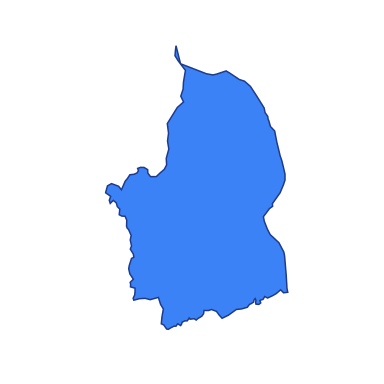 Sykopetra, Limassol, Cyprus, rotated 60°
{"feature_id": "46923920B4019761469053", "entity_name": "Sykopetra", "entity_type": "district", "adm_level": 2, "iso_a3": "CYP", "parent_name": "Cyprus", "parent_adm1": "Limassol", "projection": "mercator", "projection_center": [33.109, 34.881], "detail": "fine", "context": "isolated", "style": "filled", "palette": "blue", "viewbox_px": 384, "rotation_deg": 60, "n_neighbors": 0, "source": "geoboundaries", "source_scale": "gbopen_adm2", "svg_char_len": 2291}
<svg xmlns="http://www.w3.org/2000/svg" viewBox="0 0 384 384"><g transform="rotate(60 192 192)"><path d="M293.7,143.8L289.9,142.5L279.4,142.1L267.9,145.6L261.8,145.3L253.4,144.0L249.1,142.5L245.1,133.2L244.7,129.3L242.3,128.2L237.6,118.0L236.8,116.2L231.4,109.1L228.2,105.5L223.0,102.5L216.1,100.4L209.6,98.5L204.8,97.6L200.1,96.2L191.2,93.6L180.5,89.9L174.5,91.3L168.5,89.8L167.3,89.8L164.4,88.6L159.7,89.0L155.2,87.5L141.0,88.0L129.8,88.6L122.3,91.1L118.2,94.8L108.4,99.6L104.2,101.9L102.2,111.7L101.1,115.3L96.8,120.4L75.2,137.8L57.3,132.7L60.6,135.2L62.6,136.6L65.5,138.6L71.2,138.4L81.9,137.1L83.3,136.8L92.5,144.4L98.5,148.3L103.4,153.8L109.8,154.3L111.4,162.4L120.4,179.2L129.3,182.9L135.6,187.7L143.2,190.6L150.0,197.5L155.8,200.4L158.5,204.6L159.0,207.0L159.5,210.0L160.8,215.2L158.0,220.2L153.5,220.8L150.5,219.2L146.8,221.2L144.9,224.3L144.4,227.3L146.7,227.7L148.0,230.0L147.7,233.2L146.0,237.2L148.0,241.1L149.2,244.4L154.8,252.0L150.3,252.7L144.5,257.5L144.4,262.1L148.3,266.1L149.5,267.2L155.1,264.6L157.8,267.8L161.0,268.5L159.9,264.4L163.5,263.0L167.3,264.0L170.7,263.1L175.3,266.4L177.8,264.8L179.5,262.1L183.8,262.6L188.9,265.8L190.9,266.2L192.7,265.7L199.2,266.4L202.7,269.5L208.4,271.3L210.6,274.0L216.3,273.8L219.4,275.0L219.3,277.6L224.2,283.0L226.8,285.2L231.9,286.8L238.2,286.4L239.3,290.7L241.3,291.3L243.4,292.7L245.8,290.4L246.8,289.4L250.0,291.3L252.5,293.1L254.6,296.1L256.6,296.5L258.1,290.9L260.7,285.7L264.3,282.1L266.5,273.8L273.6,275.4L279.0,275.3L285.3,280.6L290.8,284.5L293.0,282.9L298.0,282.5L298.1,282.4L299.1,281.1L299.1,280.7L299.0,278.6L299.2,274.7L300.2,272.9L299.0,270.3L302.0,268.6L301.3,267.2L299.7,265.4L300.0,264.2L299.9,263.0L301.2,260.5L299.7,257.4L301.2,257.3L302.8,253.5L305.0,252.4L304.5,250.0L304.5,245.7L303.2,242.8L300.6,240.8L302.9,237.0L303.5,233.9L307.6,230.5L312.2,230.0L316.4,229.1L316.9,222.1L315.9,212.3L318.1,207.4L319.5,201.7L318.1,198.5L318.3,196.2L318.2,195.2L318.1,193.7L316.5,192.2L315.9,190.6L317.6,190.7L319.6,192.2L321.1,192.7L322.8,190.3L322.4,187.9L319.9,187.5L320.0,186.5L320.5,184.2L318.9,181.2L321.6,179.6L322.1,174.0L322.1,169.8L321.0,164.2L325.1,163.1L326.7,159.2L322.3,157.7L322.2,157.6L320.9,156.9L312.5,152.7L312.4,152.6L293.9,143.9L293.7,143.8Z" fill="#3b82f6" stroke="#1e3a8a" stroke-width="1.5"/></g></svg>